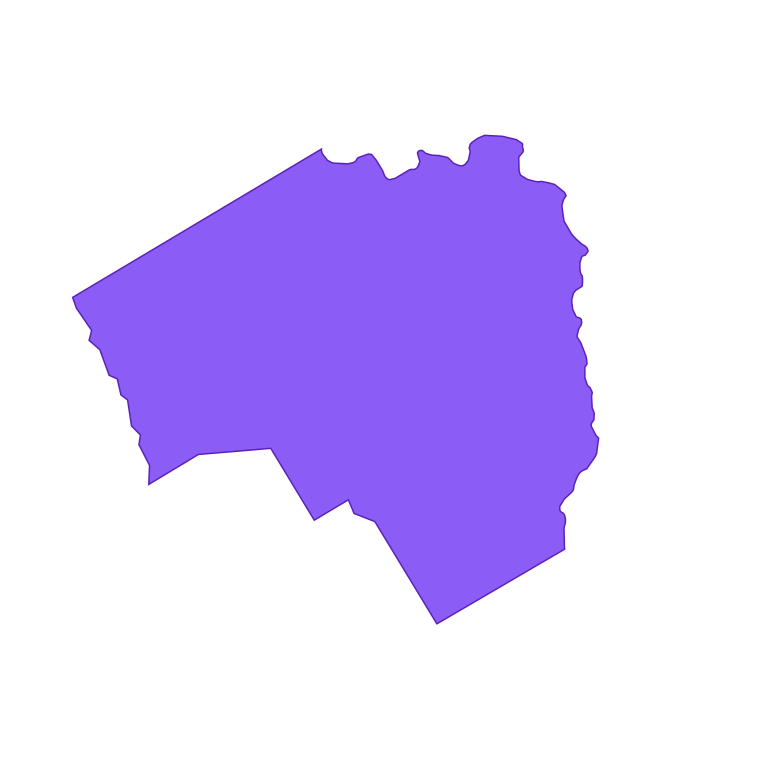 Washington, Idaho, United States of America (Natural Earth projection), rotated 149°
{"feature_id": "52423323B25623901104866", "entity_name": "Washington", "entity_type": "district", "adm_level": 2, "iso_a3": "USA", "parent_name": "United States of America", "parent_adm1": "Idaho", "projection": "natural_earth1", "projection_center": [-117.012, 44.496], "detail": "fine", "context": "isolated", "style": "filled", "palette": "violet", "viewbox_px": 768, "rotation_deg": 149, "n_neighbors": 0, "source": "geoboundaries", "source_scale": "gbopen_adm2", "svg_char_len": 2391}
<svg xmlns="http://www.w3.org/2000/svg" viewBox="0 0 768 768"><g transform="rotate(149 384 384)"><path d="M143.0,516.4L141.7,518.1L141.6,519.0L144.7,525.3L154.8,535.2L157.5,537.1L169.7,545.3L176.9,546.3L184.2,545.8L186.8,545.0L189.3,542.6L189.7,541.7L190.0,539.8L190.9,538.2L196.2,532.6L197.8,531.7L201.3,530.5L203.4,530.5L205.3,531.0L206.3,531.8L208.3,534.0L210.5,537.1L211.0,538.2L212.4,544.4L213.2,545.8L219.2,551.5L225.1,555.5L229.4,560.1L230.9,564.4L232.8,565.6L234.4,565.8L236.0,565.2L236.8,563.6L238.6,556.3L242.0,553.6L244.2,552.3L246.5,552.1L247.7,552.4L250.4,554.1L252.2,554.5L260.7,554.5L268.3,554.5L274.2,556.3L275.5,558.2L276.4,561.1L275.3,567.8L275.4,579.9L276.5,587.3L278.9,589.1L279.8,589.4L289.5,591.3L290.7,591.1L293.3,589.7L296.0,589.5L301.4,591.2L313.6,599.4L315.0,601.1L317.3,604.9L318.2,612.5L318.1,613.9L317.3,616.5L316.6,617.6L556.0,618.4L606.3,618.6L608.6,607.4L607.0,580.5L614.3,573.3L609.9,559.7L615.1,533.0L610.0,525.7L615.1,510.1L612.0,502.4L622.0,478.1L619.1,465.7L625.3,458.2L626.9,435.0L637.3,419.1L579.4,419.2L514.2,387.2L513.9,303.2L474.2,303.1L476.3,288.4L462.7,270.8L462.2,151.2L314.3,149.4L311.8,154.0L303.9,167.8L299.8,171.9L298.2,174.4L296.8,178.4L296.8,179.8L297.1,181.4L298.4,183.7L298.4,184.5L297.8,186.3L296.3,188.6L295.1,189.2L288.6,192.6L279.1,194.5L276.9,195.3L275.8,196.2L273.2,199.4L268.5,203.2L265.6,205.3L261.9,207.2L258.0,207.5L253.9,206.9L240.7,212.8L237.6,214.9L227.9,227.1L228.8,230.8L228.1,241.0L227.0,243.1L222.5,245.2L218.8,250.8L218.1,254.5L217.9,256.3L212.3,266.7L209.8,269.5L209.3,274.5L210.3,278.1L208.6,285.8L203.2,295.0L199.7,296.6L198.1,299.8L196.6,303.5L194.1,317.7L194.3,324.4L193.6,326.0L189.4,330.3L187.2,331.8L184.8,332.9L182.9,334.8L181.7,337.7L181.9,339.2L184.6,342.5L183.9,350.4L181.2,356.8L179.5,359.8L174.8,364.3L171.5,365.5L163.8,365.8L161.8,368.3L159.4,372.3L158.4,374.7L158.6,376.8L157.9,379.2L156.9,381.5L153.8,386.8L149.1,391.2L147.9,391.4L145.1,390.8L140.9,392.5L140.4,393.4L140.0,395.4L140.1,396.9L140.8,399.2L142.3,401.7L144.7,409.3L145.5,412.9L146.0,416.7L145.8,430.9L144.0,435.3L140.2,444.1L139.4,445.6L135.1,449.6L130.9,451.7L130.7,455.5L135.0,467.2L138.8,471.2L144.7,476.5L148.1,478.1L150.1,479.8L155.3,485.1L155.9,485.9L159.3,492.5L159.3,493.6L158.4,497.2L158.0,497.9L152.0,508.5L150.8,509.4L145.6,511.2L144.8,511.8L144.2,512.5L143.0,516.4Z" fill="#8b5cf6" stroke="#5b21b6" stroke-width="1.5"/></g></svg>